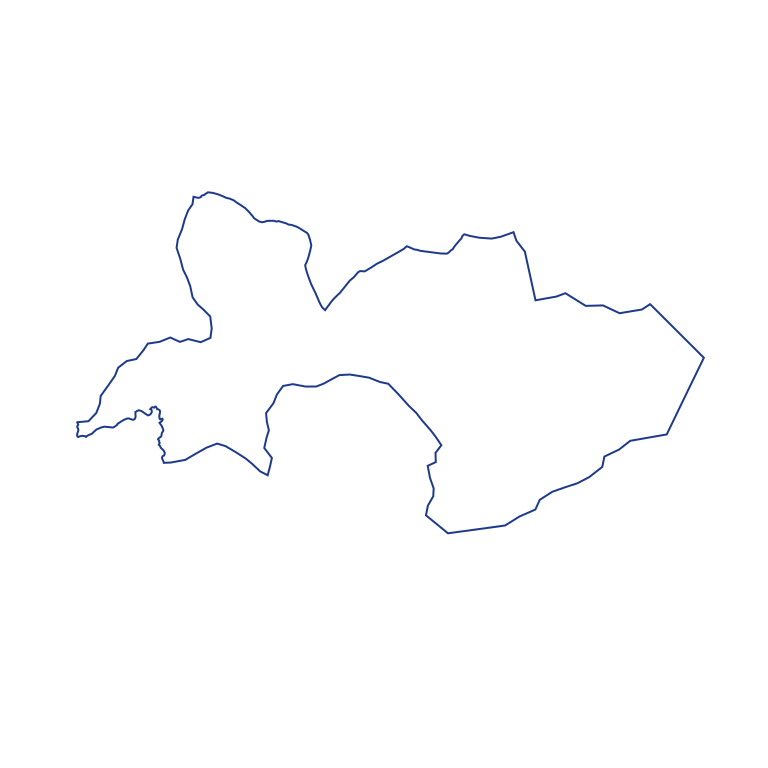 Bahr-Köh, Moyen-Chari, Chad (orthographic projection), rotated 124°
{"feature_id": "50815135B48101754695472", "entity_name": "Bahr-Köh", "entity_type": "district", "adm_level": 2, "iso_a3": "TCD", "parent_name": "Chad", "parent_adm1": "Moyen-Chari", "projection": "orthographic", "projection_center": [18.409, 9.514], "detail": "fine", "context": "isolated", "style": "outline", "palette": "blue", "viewbox_px": 768, "rotation_deg": 124, "n_neighbors": 0, "source": "geoboundaries", "source_scale": "gbopen_adm2", "svg_char_len": 5314}
<svg xmlns="http://www.w3.org/2000/svg" viewBox="0 0 768 768"><g transform="rotate(124 384 384)"><path d="M195.5,341.2L191.2,354.3L188.6,357.8L185.7,361.5L196.6,369.5L203.2,376.0L209.4,386.7L213.2,395.6L215.0,401.2L215.4,401.3L216.8,401.6L217.6,401.8L220.1,401.2L222.8,401.7L226.8,402.1L227.4,402.2L229.0,402.4L229.6,402.4L230.2,402.5L231.4,402.5L231.7,402.5L233.7,402.4L235.3,403.0L236.2,403.4L237.4,403.6L239.0,403.9L240.7,404.7L243.9,409.7L245.0,411.8L247.2,416.2L248.9,419.6L249.6,421.0L249.9,421.6L250.6,423.0L251.3,424.4L253.3,428.4L253.6,429.4L253.7,429.8L253.8,430.1L254.1,431.3L254.7,432.5L255.5,434.1L256.4,439.2L256.8,441.2L257.0,442.1L259.4,442.8L259.6,442.8L261.3,443.3L261.6,443.5L263.6,444.4L274.9,450.0L283.1,454.1L288.0,457.0L290.9,458.2L294.2,459.6L294.5,459.7L300.0,462.3L301.4,463.0L303.8,467.0L305.5,467.8L306.0,468.0L306.8,468.1L312.2,468.7L315.1,469.5L317.5,470.2L326.3,470.9L327.4,471.0L330.3,471.3L332.5,471.4L335.5,472.1L339.6,472.9L340.9,473.2L343.3,473.5L346.3,473.8L349.1,473.8L351.3,474.0L355.7,474.1L355.1,477.9L353.8,480.7L352.3,483.3L347.1,491.4L343.9,496.9L342.8,498.7L341.7,500.6L336.3,508.1L335.6,509.0L335.1,509.6L332.3,513.0L331.7,513.7L331.1,514.3L329.8,515.6L329.5,515.8L326.9,516.2L324.8,516.6L322.6,517.1L314.9,519.7L309.7,521.8L308.9,522.7L308.4,523.2L307.6,524.1L305.3,526.5L304.8,527.2L303.5,529.1L302.8,529.7L301.8,532.1L301.8,532.8L301.9,534.8L302.1,540.7L302.2,541.7L302.2,543.2L302.8,546.0L303.0,546.7L303.2,547.3L303.9,549.8L304.4,550.8L305.2,552.2L305.5,554.9L306.7,558.6L307.6,561.5L307.9,562.7L308.1,562.8L308.5,563.1L308.8,563.3L309.3,563.7L309.8,564.9L310.2,566.4L314.0,572.0L316.5,573.9L318.1,575.6L318.2,575.8L318.5,576.5L319.1,578.5L319.2,583.4L319.2,584.4L319.2,584.5L318.8,585.4L318.4,586.3L318.2,587.2L317.8,588.7L317.0,591.5L316.7,592.6L316.1,596.0L316.0,596.6L315.8,597.2L315.8,599.9L315.9,608.3L315.8,610.7L315.8,611.4L315.8,611.7L316.3,614.0L316.6,615.7L317.3,617.3L317.9,619.0L318.1,620.3L318.5,622.8L319.7,628.1L320.0,629.0L321.0,631.9L321.3,632.8L321.9,634.0L323.5,637.1L326.5,638.4L327.4,638.6L327.6,638.6L329.1,639.9L329.9,640.5L331.6,640.4L332.4,641.0L333.6,642.1L335.0,645.8L335.3,646.6L342.0,643.3L349.8,643.4L358.8,641.3L368.6,638.0L379.6,635.7L387.1,632.1L393.9,623.2L401.6,614.4L405.8,607.0L411.2,599.4L419.2,591.1L422.3,582.9L423.3,575.2L425.2,565.8L434.3,557.9L442.8,553.7L451.8,559.3L456.2,571.4L463.2,576.7L465.0,587.2L474.5,593.6L482.6,602.4L490.3,602.3L501.8,603.3L508.8,610.1L519.1,613.5L527.8,611.6L539.2,611.8L552.3,612.2L559.2,608.5L568.9,606.3L580.1,608.2L587.2,616.9L587.3,616.9L588.8,614.7L590.8,614.6L591.4,614.0L591.5,613.9L591.6,613.7L592.2,612.4L593.1,611.6L593.3,611.5L596.7,610.5L598.5,609.5L598.6,609.4L599.0,608.7L598.8,607.6L597.9,607.2L597.4,606.9L596.4,605.9L595.5,604.9L594.6,603.0L594.4,602.7L594.5,601.4L593.1,601.2L591.3,600.1L588.4,598.3L588.2,598.2L585.7,597.8L585.5,597.7L582.4,596.9L577.7,593.8L575.5,591.6L574.7,590.0L572.3,585.6L571.9,584.7L571.3,584.2L570.5,583.6L566.7,582.3L565.9,582.6L563.2,581.4L562.8,581.3L558.9,579.4L556.9,578.1L556.2,577.6L555.8,577.0L555.2,576.2L554.1,572.0L552.6,571.1L551.6,571.1L549.8,571.8L548.2,573.0L546.4,574.4L545.1,573.9L544.7,573.8L542.9,572.6L542.2,570.6L542.0,568.9L542.0,568.7L542.1,565.4L542.1,563.3L541.9,562.0L541.0,561.3L540.5,561.0L538.7,560.6L537.4,560.8L537.2,560.8L536.0,561.6L535.2,562.8L535.4,563.7L535.0,563.6L534.8,563.5L534.6,563.5L534.1,563.5L533.5,563.5L533.1,563.3L532.8,563.1L532.0,561.3L531.3,561.1L530.7,561.0L530.4,560.4L531.3,558.6L531.7,558.0L531.5,557.7L531.2,556.9L531.2,555.4L531.9,554.3L534.9,552.9L535.6,552.8L536.9,551.8L538.3,550.6L538.3,550.3L538.3,550.1L538.4,549.8L538.3,549.7L538.2,549.5L537.8,549.3L537.3,548.9L537.0,548.6L536.7,548.3L537.1,547.8L537.4,547.5L539.1,547.4L541.7,548.4L542.3,546.8L543.3,544.4L544.6,542.5L545.2,541.6L545.5,541.4L546.2,540.8L547.7,540.8L549.0,540.7L551.6,539.5L553.0,539.6L554.1,540.2L554.5,540.3L555.3,540.5L555.5,540.5L556.2,540.4L556.5,539.5L556.5,539.3L556.7,538.7L557.7,538.1L558.3,537.0L560.1,536.7L560.3,536.7L560.3,536.4L560.5,535.8L560.7,534.8L561.7,533.4L562.3,529.5L562.6,529.1L563.3,527.7L564.3,526.9L564.7,526.6L565.6,526.5L566.3,526.4L566.5,526.6L566.8,526.7L567.7,527.2L568.3,527.1L569.2,526.9L569.4,526.6L570.2,525.9L571.5,523.5L572.5,522.5L568.4,516.9L558.0,506.3L546.5,500.8L536.1,495.6L526.7,489.0L524.1,480.6L523.4,468.7L523.1,456.9L523.9,448.9L525.7,437.8L524.7,429.4L516.4,432.3L508.0,435.6L504.0,447.5L494.0,451.4L486.7,453.6L481.0,459.8L474.1,465.5L461.7,464.9L452.7,466.9L442.1,466.6L435.1,459.5L430.0,447.6L423.9,438.7L417.4,434.2L410.2,430.5L401.6,426.0L395.3,417.7L391.0,408.5L387.1,399.9L384.6,388.5L381.4,380.6L384.5,366.0L388.2,351.3L389.9,341.2L392.9,332.2L396.2,319.6L398.9,311.6L402.7,302.2L412.3,302.8L419.8,297.4L427.4,302.0L436.1,293.4L442.7,284.5L449.5,280.4L460.3,279.6L469.4,275.8L472.0,247.5L433.6,204.5L418.1,197.6L403.4,188.3L392.9,190.1L379.2,184.2L368.2,176.0L358.2,168.2L346.4,161.8L330.7,156.7L320.9,160.7L306.8,152.4L293.4,148.1L267.7,121.4L231.2,126.7L183.4,133.5L169.0,208.0L177.0,211.4L178.1,211.9L184.8,219.0L193.6,228.3L196.4,246.4L206.4,260.4L206.5,262.3L207.2,282.1L207.3,284.4L214.3,289.4L214.8,289.7L215.0,289.8L216.4,291.3L229.9,305.2L196.1,340.6L195.8,340.9L195.5,341.2L195.5,341.2Z" fill="none" stroke="#1e3a8a" stroke-width="2"/></g></svg>